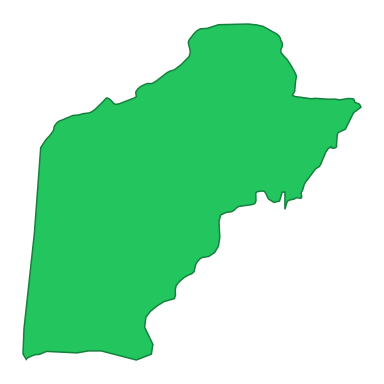 the District of Toledo
{"feature_id": "BLZ-1356", "entity_name": "Toledo", "entity_type": "District", "adm_level": 1, "iso_a3": "BLZ", "parent_name": "Belize", "parent_adm1": "", "projection": "albers", "projection_center": [-88.761, 16.286], "detail": "fine", "context": "isolated", "style": "filled", "palette": "green", "viewbox_px": 384, "rotation_deg": 0, "n_neighbors": 0, "source": "natural_earth", "source_scale": "10m", "svg_char_len": 2388}
<svg xmlns="http://www.w3.org/2000/svg" viewBox="0 0 384 384"><path d="M26.3,359.4L23.0,354.0L23.2,348.8L24.0,328.7L34.4,233.1L40.7,147.6L45.1,140.9L47.4,138.0L49.4,136.0L52.0,132.6L53.2,130.8L53.8,129.2L54.1,127.1L54.4,126.2L55.7,124.3L57.4,122.3L59.2,121.1L73.2,115.4L78.4,115.0L79.9,114.6L82.8,113.7L89.4,112.9L92.0,111.6L95.1,109.4L103.2,101.5L105.8,98.5L106.8,97.9L108.7,98.6L110.0,99.5L111.2,100.6L113.9,103.5L115.2,104.3L116.9,104.2L119.1,103.8L134.7,97.8L136.4,96.6L135.8,93.2L135.9,91.7L137.7,89.1L139.4,87.5L141.7,85.9L146.1,83.9L148.5,83.4L150.4,83.7L152.8,83.1L156.4,80.9L167.0,72.7L169.8,71.2L173.0,70.3L174.8,69.5L181.2,64.6L189.2,56.4L190.3,52.1L190.0,49.9L188.3,42.9L188.6,41.2L189.6,39.2L193.9,33.8L196.2,31.4L197.3,30.5L200.4,28.8L207.1,28.4L218.5,24.7L248.3,24.0L257.2,25.0L263.1,26.4L276.9,34.1L278.9,35.9L280.1,37.8L281.2,41.3L282.3,43.0L282.4,44.7L282.2,46.5L280.7,50.2L280.9,52.3L282.6,54.6L287.5,60.0L288.8,62.1L290.0,63.7L290.8,65.3L291.9,66.9L292.8,68.8L293.8,70.3L295.4,73.5L296.2,75.5L296.3,77.1L296.1,78.5L295.6,81.1L295.0,87.9L294.8,89.3L294.8,91.0L294.0,92.6L293.2,93.7L292.5,95.4L294.9,96.5L311.0,98.7L313.5,98.6L314.6,98.3L330.3,99.3L331.9,99.1L336.0,99.2L338.2,99.7L340.0,99.8L348.2,98.5L352.2,98.7L353.8,99.1L354.9,102.3L359.5,104.2L361.0,107.2L353.5,112.8L345.4,129.2L338.0,132.7L337.2,135.0L336.5,144.8L336.6,146.8L334.4,148.2L332.3,148.2L331.0,147.5L331.0,146.8L328.4,148.5L327.6,149.4L327.1,150.4L325.6,152.5L320.5,164.8L318.9,166.9L315.8,168.6L305.4,182.4L304.2,184.6L302.6,190.1L301.4,192.1L301.2,193.3L301.7,196.8L301.4,198.0L300.3,198.2L297.1,197.7L296.0,198.0L294.3,199.0L289.5,200.1L287.6,201.1L286.8,202.7L284.9,209.3L284.9,192.1L282.2,192.1L279.5,201.1L273.9,202.4L268.4,198.9L265.9,193.6L264.4,191.3L261.0,191.0L257.7,191.7L256.3,192.1L255.8,193.6L256.0,200.9L254.8,203.6L252.0,204.6L238.6,206.5L236.3,208.0L234.4,210.0L231.6,211.7L226.3,212.4L220.6,215.0L219.0,221.5L219.8,237.6L218.4,246.2L214.6,252.5L209.0,256.3L202.1,257.6L200.1,258.7L197.7,261.3L195.7,264.5L194.0,271.7L191.6,273.8L188.1,275.2L184.3,277.4L179.9,281.2L177.9,283.3L176.1,285.9L175.2,290.4L175.5,295.0L174.4,298.6L164.0,301.6L157.2,305.8L150.5,311.3L146.0,316.9L144.6,327.2L152.9,344.4L151.4,354.1L136.3,360.0L101.1,350.9L88.4,350.9L77.0,352.9L46.6,351.4L39.3,354.4L35.6,354.6L31.0,356.2L27.2,358.1L26.3,359.4Z" fill="#22c55e" stroke="#15803d" stroke-width="1.5"/></svg>